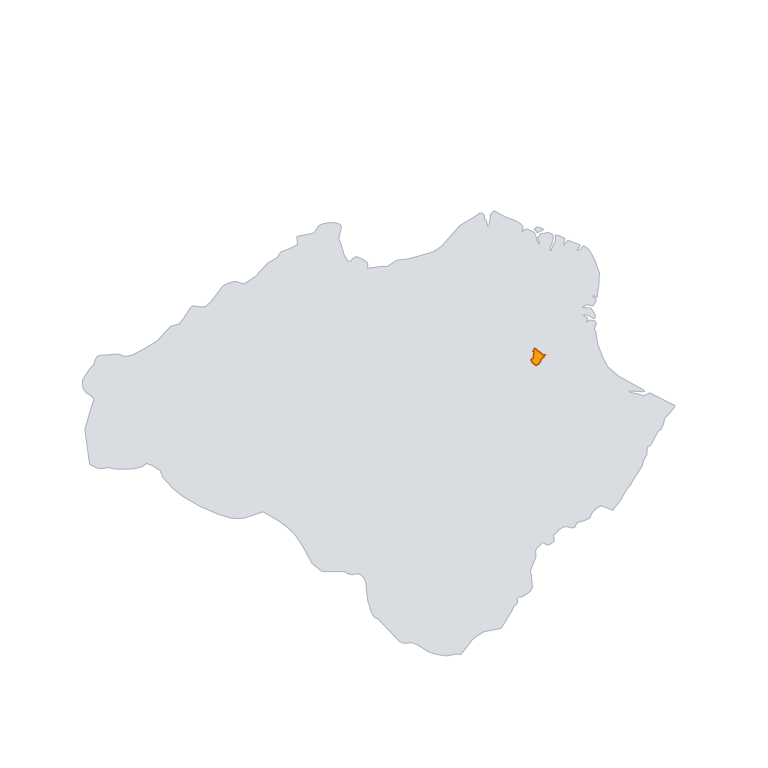 Owan West, Edo, Nigeria shown in context, rotated 209°
{"feature_id": "59680162B12689851933854", "entity_name": "Owan West", "entity_type": "district", "adm_level": 2, "iso_a3": "NGA", "parent_name": "Nigeria", "parent_adm1": "Edo", "projection": "orthographic", "projection_center": [5.884, 6.933], "detail": "fine", "context": "in_parent", "style": "filled", "palette": "amber", "viewbox_px": 768, "rotation_deg": 209, "n_neighbors": 0, "source": "geoboundaries", "source_scale": "gbopen_adm2", "svg_char_len": 5574}
<svg xmlns="http://www.w3.org/2000/svg" viewBox="0 0 768 768"><g transform="rotate(209 384 384)"><path d="M602.5,171.0L623.5,199.0L628.4,220.0L630.4,230.3L633.7,231.5L640.0,231.9L644.6,233.9L647.4,237.3L649.3,240.5L649.6,242.4L648.7,255.1L647.3,259.7L648.4,265.9L648.2,268.6L647.5,270.4L644.8,272.5L641.0,274.7L632.1,280.8L629.5,281.8L625.7,282.0L622.4,283.6L618.5,286.9L610.4,299.1L603.4,311.4L598.5,331.2L592.2,337.4L591.2,342.9L590.4,355.2L589.5,358.9L588.5,360.0L581.6,362.5L577.7,365.4L575.4,371.0L572.7,390.0L571.6,393.1L569.4,396.4L565.9,400.0L562.9,402.0L554.9,403.5L547.5,417.8L547.5,420.3L544.3,433.3L538.6,443.1L538.3,449.4L531.1,458.1L527.3,464.0L531.3,470.0L531.6,471.0L519.1,481.5L518.4,483.1L517.9,490.3L517.0,492.2L514.7,494.8L511.3,497.8L507.8,500.0L503.9,501.6L500.2,502.3L498.0,501.4L496.8,499.2L494.6,490.5L493.5,488.6L491.0,487.0L481.2,477.4L475.3,474.1L474.0,474.3L473.0,475.3L471.4,480.2L469.8,482.0L466.6,482.6L461.2,482.7L457.3,482.1L456.4,481.1L454.5,477.3L442.4,486.2L438.2,488.2L432.8,498.6L425.2,503.8L420.0,508.4L405.9,522.6L403.1,526.8L400.3,533.0L394.4,559.6L384.7,576.2L383.4,579.7L382.9,579.6L381.6,581.1L377.8,580.2L376.1,577.1L373.7,576.6L369.7,572.1L368.8,572.9L373.1,584.3L371.5,588.8L359.6,588.9L349.2,590.5L342.2,590.4L338.6,588.8L337.0,584.5L336.4,584.9L336.0,587.2L333.8,589.1L325.8,589.4L322.3,586.5L319.5,583.2L316.4,581.8L316.9,583.2L320.4,586.4L320.0,591.0L313.6,596.3L309.5,596.6L307.0,594.3L305.7,590.6L305.0,585.0L303.3,581.4L302.4,581.4L303.5,587.4L303.6,593.0L306.6,597.4L301.9,598.8L296.3,598.9L295.6,597.3L294.9,593.7L293.9,592.8L292.8,598.9L281.2,600.6L279.6,600.3L279.2,599.2L280.1,597.5L279.9,594.8L277.4,596.9L276.9,601.1L275.5,601.8L271.1,601.2L266.3,599.0L258.5,593.7L248.9,585.0L247.4,581.1L244.7,576.3L239.7,563.1L240.6,562.5L242.8,563.2L243.9,562.0L239.9,561.0L239.1,560.1L238.8,557.2L239.0,553.6L245.0,551.7L246.4,549.6L247.2,547.4L239.8,550.7L232.9,546.9L231.4,544.7L232.1,542.9L240.2,542.8L243.0,541.1L241.3,540.5L238.2,540.6L237.1,539.5L237.2,536.8L236.2,537.4L234.9,539.8L230.2,541.5L227.4,539.8L227.2,535.8L226.6,534.1L224.3,532.7L216.1,522.2L205.8,513.5L196.7,507.5L182.9,504.6L154.0,504.6L152.4,503.8L154.2,502.4L156.7,501.5L166.0,496.7L164.5,496.1L154.8,499.1L151.5,499.3L147.2,505.1L118.8,506.2L118.9,503.6L120.2,495.9L122.0,490.7L120.1,484.2L119.7,478.4L120.9,476.6L121.3,474.5L121.1,459.6L122.6,457.4L122.7,455.9L119.8,449.5L119.9,444.7L119.3,439.9L118.4,437.8L119.6,419.7L119.3,415.2L120.3,412.0L120.8,404.2L120.8,396.5L122.8,384.4L134.9,382.9L137.9,378.2L139.6,372.2L139.1,366.2L143.1,361.0L147.9,356.5L147.7,351.4L149.0,349.8L151.3,348.7L154.5,348.1L158.1,345.6L160.2,341.2L162.2,334.1L159.1,329.2L159.2,328.1L160.4,325.5L162.3,322.8L163.8,322.0L167.3,322.7L168.4,321.6L170.8,313.9L170.6,311.8L167.3,306.5L165.6,292.4L164.7,290.6L162.2,288.0L155.6,278.1L155.7,273.3L158.6,267.3L160.5,264.4L163.0,262.8L163.6,261.5L162.8,259.8L161.5,258.5L161.3,255.8L162.6,252.0L162.2,247.9L163.1,226.7L168.5,222.5L176.5,215.7L180.6,208.5L182.8,203.0L185.6,184.8L189.8,182.9L197.7,176.3L208.5,172.5L215.5,171.3L227.8,172.1L234.0,171.4L239.3,167.8L241.7,166.8L245.1,166.2L275.6,175.7L278.4,175.2L280.7,175.9L284.6,178.4L293.6,187.1L303.1,200.7L306.1,203.7L309.0,205.2L312.0,205.8L314.3,205.6L316.5,204.3L319.5,201.7L324.0,200.5L327.6,200.7L346.6,190.2L348.5,190.1L360.2,192.3L376.3,202.6L389.4,209.4L398.6,211.7L409.4,213.2L427.7,213.6L441.4,198.8L446.4,195.5L452.5,192.6L465.4,189.7L486.6,187.7L506.6,188.2L519.0,190.6L532.2,195.2L538.0,199.8L546.8,200.4L553.2,199.4L555.1,194.8L561.3,188.8L570.7,183.1L578.3,179.1L584.6,177.3L590.2,172.8L594.7,171.3L602.5,171.0ZM326.6,595.3L322.2,596.7L319.3,596.4L323.3,590.4L325.3,591.6L327.8,592.2L326.6,595.3Z" fill="#d9dde1" stroke="#a8b0b8" stroke-width="1"/><path d="M269.6,488.2L269.5,486.7L269.5,486.3L269.6,486.0L269.6,485.7L269.6,484.8L269.5,484.7L269.3,484.7L269.0,484.8L268.7,484.8L268.3,484.7L268.2,484.5L268.1,484.2L268.0,483.9L267.9,483.7L267.7,482.8L267.6,482.5L267.6,482.3L267.5,482.0L267.4,481.7L267.2,481.5L267.1,481.3L266.8,481.0L266.6,480.7L266.4,480.4L266.2,479.0L266.2,478.9L266.5,478.1L266.9,477.3L267.3,476.8L267.2,476.5L267.2,476.4L267.0,476.2L266.9,475.9L266.5,475.7L266.2,475.5L265.9,475.4L265.6,475.2L265.3,475.0L265.0,474.8L264.7,474.8L264.4,474.6L264.1,474.6L263.7,474.4L263.4,474.4L263.0,474.4L262.7,474.3L262.5,474.2L262.4,474.2L262.0,474.2L261.7,474.2L261.4,474.0L261.1,473.8L260.9,473.7L260.8,473.8L260.7,473.9L260.4,474.0L260.2,474.2L259.9,474.3L259.6,474.3L259.3,474.8L259.2,474.9L259.2,475.1L259.1,475.3L259.0,475.5L258.8,475.8L258.7,476.0L258.6,476.3L258.5,476.5L258.4,476.8L258.2,477.0L258.3,477.3L258.3,477.6L258.3,477.8L258.2,478.1L258.1,478.4L258.1,478.6L258.0,478.9L257.9,479.5L258.0,479.8L258.2,480.0L258.3,480.4L258.3,480.6L258.4,480.8L258.5,481.1L258.5,481.3L258.6,481.6L258.5,481.9L258.3,482.3L258.1,482.5L258.0,482.8L258.0,483.1L258.0,483.5L258.0,483.9L257.9,483.9L257.8,484.1L257.6,484.5L257.4,484.7L257.3,485.0L257.2,485.3L257.3,485.5L257.4,485.9L257.5,486.1L257.6,486.3L257.2,487.3L257.1,487.5L256.7,487.8L256.4,487.9L256.6,487.9L257.0,487.8L257.3,487.6L257.5,487.5L257.8,487.3L258.0,487.0L258.2,486.8L258.2,486.7L258.4,486.6L258.6,486.6L259.3,486.7L260.0,486.9L260.3,486.9L260.7,487.0L261.2,487.1L261.7,487.2L262.4,487.4L262.8,487.4L263.1,487.5L263.7,487.5L264.2,487.6L264.5,487.6L264.9,487.6L265.4,487.6L265.7,487.7L266.1,487.8L266.3,487.8L266.8,488.0L267.2,487.9L267.4,488.0L267.6,488.1L268.1,488.3L268.6,488.4L268.8,488.4L269.1,488.3L269.5,488.2L269.6,488.2Z" fill="#f59e0b" stroke="#b45309" stroke-width="1.5"/></g></svg>